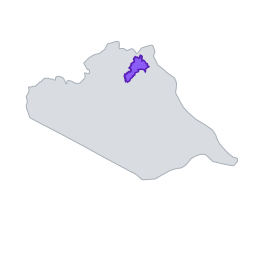 Jebel Saman, Aleppo, Syria (highlighted), rotated 61°
{"feature_id": "27442178B96508006833869", "entity_name": "Jebel Saman", "entity_type": "district", "adm_level": 2, "iso_a3": "SYR", "parent_name": "Syria", "parent_adm1": "Aleppo", "projection": "orthographic", "projection_center": [37.058, 35.942], "detail": "fine", "context": "in_parent", "style": "filled", "palette": "violet", "viewbox_px": 256, "rotation_deg": 61, "n_neighbors": 0, "source": "geoboundaries", "source_scale": "gbopen_adm2", "svg_char_len": 5500}
<svg xmlns="http://www.w3.org/2000/svg" viewBox="0 0 256 256"><g transform="rotate(61 128 128)"><path d="M47.9,94.3L49.9,94.6L54.0,97.1L54.6,97.0L55.9,93.8L57.1,92.7L59.7,91.7L60.4,86.4L61.6,85.4L63.0,84.8L65.2,84.7L67.1,84.4L67.3,83.5L64.6,77.3L64.9,75.8L66.2,69.6L67.0,67.1L67.8,66.4L70.8,66.7L75.0,67.8L76.1,69.6L78.1,71.1L81.2,71.0L84.8,71.3L87.6,71.4L89.8,70.3L94.8,68.2L97.3,67.5L99.5,66.5L106.7,63.1L109.6,63.3L111.6,63.7L113.1,64.2L116.6,66.5L119.4,68.8L121.4,69.5L125.0,69.4L130.1,69.7L136.5,69.5L140.1,68.8L144.8,67.5L153.1,64.5L163.9,58.3L170.3,55.3L173.0,54.8L176.7,54.7L180.3,55.3L184.4,55.6L186.3,55.5L190.7,54.7L196.4,53.3L200.0,52.1L204.3,50.3L206.9,47.6L207.7,47.2L208.9,47.7L209.4,47.8L210.6,49.2L212.0,53.0L212.0,53.4L211.9,54.6L209.2,57.9L205.5,62.3L202.9,65.2L198.4,70.0L194.9,71.1L189.1,73.0L187.6,74.7L186.2,77.3L185.5,80.9L185.3,83.1L185.3,87.2L186.9,91.4L188.4,95.5L188.7,98.2L188.7,100.9L187.5,103.8L186.3,107.7L185.6,112.2L185.5,120.5L185.8,127.5L185.8,128.7L183.5,133.8L180.8,139.7L179.5,141.1L173.1,143.1L166.2,147.6L158.5,152.6L151.5,157.1L144.1,161.9L136.4,166.8L130.8,170.3L123.4,174.9L116.6,179.3L109.7,183.8L104.5,187.1L96.5,192.4L91.8,195.5L84.9,200.1L78.8,204.1L71.5,208.8L62.4,207.3L59.5,206.5L57.2,204.2L55.5,203.0L51.2,201.8L48.5,197.5L46.8,196.0L44.0,195.3L45.2,192.6L45.5,190.8L46.7,188.7L46.0,187.3L45.6,184.2L45.1,183.5L44.9,182.7L45.4,181.7L45.2,180.7L44.7,180.3L44.5,178.8L44.1,177.7L44.3,176.3L45.0,175.4L45.7,173.7L46.4,173.2L47.6,172.2L48.0,171.1L49.1,170.0L50.5,169.1L50.8,168.4L50.6,168.0L49.2,167.2L48.4,165.8L49.1,163.7L49.6,163.1L50.5,162.1L52.4,160.6L54.0,160.4L55.3,160.4L57.5,160.5L59.2,160.8L59.6,160.4L59.6,159.9L57.5,158.7L57.4,157.7L57.9,156.6L59.4,155.0L61.2,153.7L62.1,153.5L64.2,151.1L65.5,148.3L63.4,141.6L62.1,140.5L60.1,139.6L58.9,139.4L58.8,139.0L60.4,137.3L61.6,135.9L60.3,134.4L58.0,133.8L57.2,135.2L54.2,135.3L49.7,135.2L47.7,128.1L47.5,125.1L47.6,121.5L49.0,116.4L48.4,113.9L48.3,112.3L48.0,110.1L44.5,105.3L46.6,96.5L47.9,94.3Z" fill="#d9dde1" stroke="#a8b0b8" stroke-width="1"/><path d="M84.7,80.4L84.4,79.9L84.0,80.1L83.5,80.4L83.1,80.7L82.5,81.0L82.4,80.9L82.1,80.6L82.0,80.2L81.8,80.0L81.5,80.0L81.2,80.0L80.9,80.2L80.5,80.5L80.3,80.9L79.9,81.0L79.3,81.0L78.9,81.0L78.4,81.0L78.0,81.1L77.5,81.1L77.4,81.2L77.1,81.3L76.9,81.4L76.5,81.4L76.4,81.4L76.2,81.5L76.2,82.0L76.1,82.6L76.1,83.3L75.5,83.0L74.8,82.9L74.3,82.2L74.2,82.3L73.7,82.4L73.3,82.1L73.1,81.7L72.8,81.2L72.5,81.0L72.2,80.9L71.7,81.0L71.3,81.2L71.2,81.6L70.7,81.9L70.3,81.9L70.3,82.0L70.5,82.3L70.8,82.3L70.9,82.2L71.0,82.2L71.0,82.3L71.1,82.9L71.4,82.9L71.7,82.8L71.8,82.8L71.8,83.0L71.7,83.3L71.8,83.5L71.9,83.8L72.0,83.9L72.2,84.0L72.3,84.0L72.3,84.3L72.3,84.5L72.2,84.5L72.1,84.8L72.0,85.0L71.7,85.0L71.4,85.0L71.1,85.2L70.8,85.3L70.7,85.4L70.7,85.5L70.4,85.7L70.4,85.8L70.5,85.9L70.6,86.0L70.4,86.4L70.3,86.5L70.2,86.7L69.9,86.7L69.6,86.9L69.3,86.9L69.1,86.9L69.0,87.1L69.1,87.3L69.2,87.5L69.3,87.6L69.4,87.8L69.5,87.9L69.6,88.0L70.0,88.2L70.1,88.3L70.1,88.5L69.9,88.6L69.8,88.9L69.8,89.0L69.9,89.3L70.1,89.4L70.3,89.6L70.5,89.7L70.8,89.8L70.9,89.7L71.0,89.6L71.5,89.6L71.9,89.8L72.0,89.7L72.2,89.8L72.2,90.0L72.3,90.4L72.4,90.5L72.5,90.6L72.8,90.5L73.1,90.5L73.3,90.5L73.4,90.8L73.4,91.1L73.3,91.3L73.2,91.4L73.2,91.6L73.1,91.8L73.2,92.1L73.1,92.3L73.0,92.5L73.0,92.8L73.2,93.0L73.2,93.3L73.2,93.7L73.2,93.8L73.3,94.0L73.6,93.9L73.6,94.0L73.8,94.2L73.9,94.3L73.9,94.6L74.0,94.7L74.4,94.6L74.6,94.5L74.8,94.5L74.9,94.8L74.9,95.0L74.8,95.4L74.9,95.5L75.0,95.5L75.3,95.6L75.4,96.0L75.2,96.1L75.3,96.5L75.5,96.7L75.7,96.8L75.8,96.8L75.9,97.0L76.0,97.0L76.0,97.4L76.0,97.6L76.0,97.8L76.0,98.0L76.3,97.9L76.5,97.7L76.8,97.6L77.0,97.6L77.2,97.4L77.2,97.2L77.3,96.9L77.8,97.0L78.0,97.0L78.1,96.9L78.2,97.0L78.4,97.3L78.5,97.4L78.7,97.5L78.8,97.6L79.1,97.6L79.1,97.3L79.2,97.2L79.4,97.3L79.5,97.3L79.4,97.9L79.4,98.0L79.5,98.2L79.9,98.3L80.0,98.4L80.0,98.7L80.0,98.8L79.9,98.8L79.6,98.8L79.2,99.2L79.2,99.3L79.4,99.5L79.5,99.6L79.4,99.8L79.2,99.9L79.1,100.0L79.4,100.1L79.4,100.3L79.5,100.3L79.5,100.5L79.5,100.9L79.5,101.0L79.4,101.3L79.1,101.5L79.0,101.8L79.0,102.0L79.3,102.3L79.6,102.2L79.9,102.3L79.9,102.5L79.8,102.8L79.7,103.0L79.9,103.3L80.2,103.4L80.2,103.5L79.8,103.8L79.6,104.1L79.5,104.3L79.5,104.5L79.3,104.8L79.5,104.9L79.8,104.9L80.1,105.0L80.4,105.0L80.5,105.1L80.5,105.4L80.6,105.6L80.7,105.9L80.7,106.1L80.8,106.1L81.0,106.1L81.3,105.9L81.5,105.9L81.6,106.0L81.6,106.3L82.0,106.3L82.1,105.9L82.5,105.8L82.6,106.0L82.7,106.4L82.8,106.5L83.0,106.7L83.2,106.8L83.4,106.7L83.7,106.7L83.8,106.5L83.9,106.4L84.1,106.3L84.3,106.5L84.5,106.5L84.5,106.4L84.8,106.4L84.8,106.8L84.7,106.9L84.5,107.0L84.8,107.2L84.9,107.3L85.1,107.2L85.4,107.5L85.9,107.3L86.4,107.5L86.4,106.7L87.2,106.0L87.6,106.1L87.6,104.5L87.3,103.3L86.9,102.7L86.4,102.2L86.0,101.6L86.0,100.9L85.9,99.8L85.7,99.6L85.4,99.4L85.0,98.9L84.9,98.6L85.4,98.3L85.4,98.1L85.1,97.9L84.7,97.7L84.8,97.1L84.7,97.0L84.6,96.8L84.6,96.3L84.7,96.1L84.0,95.8L83.4,95.4L83.3,95.2L83.2,94.7L83.3,94.0L83.5,93.3L83.5,92.5L83.7,91.9L83.6,91.6L83.4,91.3L83.1,91.2L82.9,91.0L82.6,90.5L82.2,90.7L81.9,90.8L81.7,90.9L81.7,90.6L81.8,90.3L82.1,90.0L82.3,89.7L82.5,89.2L82.8,88.4L83.1,87.8L83.4,87.4L83.9,86.7L84.4,86.1L84.8,85.9L85.1,85.8L85.6,85.8L86.4,85.7L86.9,85.7L87.3,85.7L87.1,85.3L86.8,85.1L86.7,85.0L86.2,85.0L85.9,85.1L85.6,85.1L85.1,85.1L85.3,84.7L85.3,84.4L85.1,83.8L84.7,83.4L84.7,82.8L84.7,82.6L84.4,81.9L84.4,81.5L84.6,80.6L84.7,80.4Z" fill="#8b5cf6" stroke="#5b21b6" stroke-width="1.5"/></g></svg>